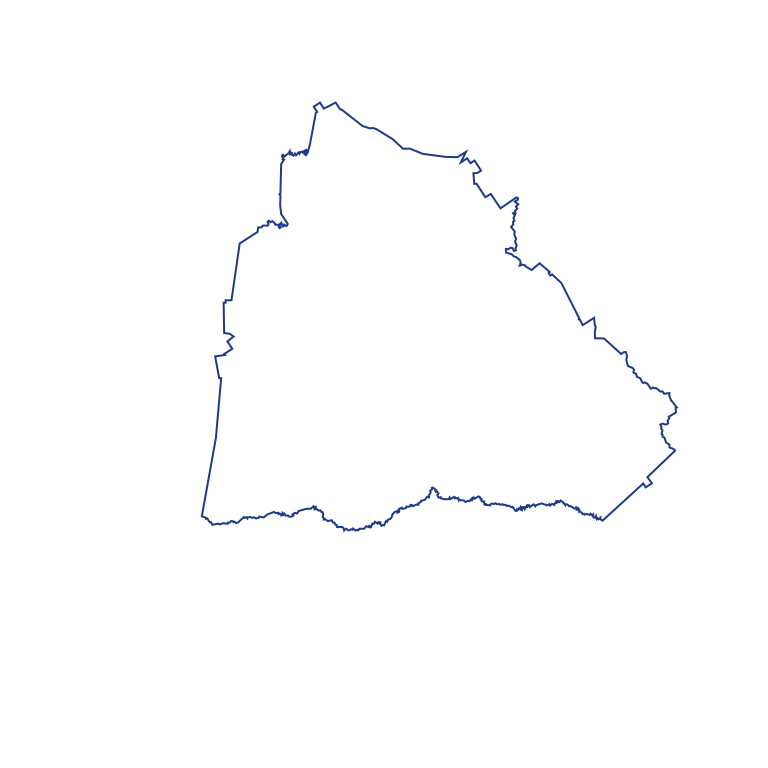 outline of Narromine, New South Wales, Australia, rotated 318°
{"feature_id": "25037944B72215071742446", "entity_name": "Narromine", "entity_type": "district", "adm_level": 2, "iso_a3": "AUS", "parent_name": "Australia", "parent_adm1": "New South Wales", "projection": "albers", "projection_center": [147.895, -32.232], "detail": "fine", "context": "isolated", "style": "outline", "palette": "blue", "viewbox_px": 768, "rotation_deg": 318, "n_neighbors": 0, "source": "geoboundaries", "source_scale": "gbopen_adm2", "svg_char_len": 6166}
<svg xmlns="http://www.w3.org/2000/svg" viewBox="0 0 768 768"><g transform="rotate(318 384 384)"><path d="M582.0,600.5L584.7,596.9L585.9,597.4L586.5,587.9L588.1,583.8L590.0,581.7L585.6,578.7L586.0,575.8L584.3,574.5L583.5,569.0L582.3,568.5L581.6,566.6L579.1,566.1L579.9,560.1L578.8,557.2L577.4,556.8L577.0,555.5L578.3,551.1L576.8,548.1L578.1,544.7L577.0,543.1L577.3,542.0L579.3,540.8L579.6,538.8L577.3,533.7L580.2,528.2L583.5,525.7L585.0,522.0L583.5,520.8L580.3,520.4L578.0,497.4L571.5,491.3L575.0,486.9L579.6,483.2L580.2,481.0L584.4,475.4L571.0,473.2L572.7,467.1L572.0,466.3L573.1,465.6L583.4,427.6L582.2,415.0L580.1,414.6L580.6,411.7L582.1,411.7L580.4,398.4L569.9,398.0L567.9,391.1L568.2,390.1L567.1,388.2L565.0,387.3L565.5,386.6L564.6,386.5L566.9,385.1L567.9,382.7L567.1,378.1L565.8,375.8L565.7,372.9L562.6,368.1L564.9,365.2L566.6,367.0L569.4,367.5L570.5,369.3L569.6,372.0L571.5,372.9L572.5,371.1L575.5,369.8L576.6,365.9L579.2,364.6L580.8,360.2L583.2,358.1L583.6,352.3L586.7,352.0L588.4,349.8L590.1,350.1L591.2,347.4L595.5,345.5L595.5,344.8L594.1,344.5L594.3,343.4L596.4,344.4L597.2,343.0L600.4,342.9L600.8,340.4L604.0,340.3L603.3,336.0L606.7,336.6L607.9,335.7L607.1,333.9L588.1,331.4L590.5,314.2L584.3,313.0L586.8,297.1L585.0,295.6L591.5,287.2L594.7,289.7L598.9,290.4L600.8,278.5L596.0,277.8L596.8,271.9L589.4,270.8L600.2,266.3L590.4,264.6L581.8,256.5L566.9,239.0L560.7,226.3L555.6,222.0L554.3,207.9L548.9,189.6L547.0,186.2L544.8,184.9L540.7,178.0L536.2,152.1L535.2,150.5L536.4,142.5L523.6,139.1L524.7,132.1L517.4,130.9L516.4,137.1L514.8,136.9L489.1,156.5L482.6,160.7L479.2,161.8L478.6,157.8L480.9,159.5L482.8,158.8L483.0,158.0L478.7,156.9L477.2,155.5L475.1,156.4L475.2,154.7L471.6,155.2L472.0,153.0L469.4,153.6L468.8,151.4L470.9,150.4L468.0,150.4L469.8,147.9L467.2,148.7L462.4,148.3L462.5,146.1L461.7,145.8L460.3,146.9L460.3,148.7L459.1,149.2L459.8,150.4L454.8,151.7L434.4,173.2L433.3,173.0L433.1,174.7L426.5,181.6L421.3,188.9L419.6,200.6L417.8,201.5L417.0,201.1L416.5,198.8L414.9,199.6L414.0,199.1L415.7,195.5L413.9,195.5L412.4,196.7L411.8,198.5L410.8,198.4L410.8,196.8L412.3,195.1L409.8,192.8L410.4,191.3L410.0,188.3L407.9,187.7L407.6,185.5L405.9,185.7L405.2,187.9L403.6,188.5L400.0,185.3L397.7,185.5L395.3,183.5L391.7,186.4L370.8,183.0L326.7,219.7L322.3,215.8L320.7,217.6L319.2,216.3L299.3,239.2L303.0,243.5L304.0,248.1L296.1,247.6L294.8,256.3L285.5,254.8L285.4,256.1L277.0,250.5L265.4,269.4L266.9,270.7L223.1,311.5L160.1,360.4L162.1,364.1L161.5,365.1L162.7,365.6L162.1,369.2L162.3,370.7L163.0,371.0L162.2,373.7L167.3,376.8L167.9,378.5L171.0,379.6L174.2,383.2L175.2,382.6L176.5,383.7L178.8,383.6L179.9,384.9L179.6,386.0L180.8,386.4L180.9,388.3L183.2,389.3L190.8,389.1L190.7,390.2L192.8,391.0L192.6,392.4L193.5,392.0L195.7,393.5L196.4,395.1L198.3,396.2L198.9,398.2L201.3,399.6L202.5,399.0L205.3,402.6L210.3,403.0L216.7,405.5L217.0,407.3L219.1,408.8L218.6,409.9L219.7,410.2L219.8,411.8L220.6,412.0L219.7,412.9L221.5,413.9L222.4,412.5L222.5,413.7L223.3,413.7L222.7,415.8L224.7,417.5L224.4,418.5L225.7,420.1L227.7,421.2L228.9,421.0L228.8,419.8L231.7,420.2L232.7,422.0L235.6,421.3L242.3,424.5L246.2,427.7L249.8,427.8L249.5,428.7L250.4,429.2L249.4,430.0L250.6,430.0L249.4,431.3L250.3,431.7L250.8,434.4L252.2,435.4L251.8,437.1L252.6,438.3L251.7,440.2L249.4,442.0L249.6,443.8L248.6,444.4L249.8,445.1L250.5,448.3L254.0,450.2L253.3,452.7L254.3,453.6L253.8,456.3L254.5,457.1L253.4,458.7L257.1,462.2L257.6,464.0L256.6,465.8L257.4,465.4L258.1,466.5L259.1,466.5L259.7,469.1L260.5,469.7L262.4,469.9L263.2,471.3L264.3,470.7L265.0,474.2L266.6,474.5L267.2,475.6L268.9,475.1L272.4,478.3L275.6,477.8L277.5,481.1L278.0,480.8L277.3,479.5L278.2,479.6L278.7,481.6L282.0,480.0L282.8,481.1L285.1,480.3L285.6,483.2L287.6,482.9L288.5,484.2L287.0,484.3L287.7,485.9L287.2,487.7L288.5,487.8L289.5,489.1L293.4,487.3L294.3,487.4L294.3,488.4L296.6,487.5L298.2,488.5L300.2,488.3L302.9,486.6L305.9,486.2L308.9,487.3L309.4,488.1L308.3,488.7L309.7,489.2L310.6,488.4L310.3,487.3L311.8,486.9L314.4,487.8L313.9,488.9L317.1,490.9L318.6,490.1L320.6,492.0L322.4,492.6L322.9,491.7L323.8,492.6L323.7,494.1L327.6,495.4L328.7,496.7L329.6,495.7L332.6,496.3L333.4,495.6L336.8,497.4L340.7,496.6L341.5,498.4L343.7,496.5L346.1,495.8L346.9,494.2L349.1,494.5L350.0,493.2L351.1,493.8L351.8,497.8L350.7,497.7L350.4,498.8L351.3,499.8L351.3,501.7L349.3,502.2L348.5,504.8L350.3,506.0L349.7,506.6L351.2,509.5L355.1,513.0L356.9,512.2L356.6,514.1L360.2,514.6L360.1,516.0L360.9,515.9L360.9,517.1L362.7,518.1L361.9,520.1L362.6,519.7L362.5,520.9L365.2,523.6L365.6,526.3L368.2,526.8L369.0,528.3L370.6,528.1L371.6,529.3L372.4,528.8L372.0,527.9L374.1,527.8L374.8,528.4L374.0,529.2L374.6,529.9L379.0,530.7L379.6,532.2L378.7,534.3L379.5,534.8L378.1,536.6L379.8,538.3L378.2,540.0L379.2,541.1L378.4,541.6L381.8,545.3L382.3,544.6L384.1,545.1L385.9,547.1L387.1,547.2L387.6,549.1L389.2,550.1L389.7,551.6L391.6,552.6L391.5,553.3L393.6,555.4L393.6,556.7L395.3,557.8L396.4,561.0L397.4,561.3L396.8,566.5L397.7,567.0L399.1,566.1L399.2,567.1L400.7,567.0L401.4,568.6L401.9,567.2L402.6,568.5L403.7,567.0L404.2,568.5L403.6,569.4L405.1,568.7L405.9,569.5L405.1,571.0L406.8,570.4L408.1,571.4L408.9,570.8L408.0,570.2L409.3,570.3L409.4,569.1L410.0,571.3L410.7,571.3L410.0,573.1L414.5,573.4L414.7,576.1L415.5,575.6L421.2,578.2L424.2,583.5L426.5,584.0L426.1,585.5L428.8,585.6L429.7,587.8L431.1,586.8L432.4,587.9L433.5,586.3L435.0,587.4L434.5,588.4L435.4,589.2L437.3,588.8L437.9,592.0L437.4,592.9L438.0,593.4L437.7,595.5L438.7,595.1L439.8,596.5L439.8,598.7L440.7,599.1L442.3,604.0L444.0,605.4L444.5,604.5L445.1,605.7L445.0,607.0L443.5,606.9L444.7,608.4L443.5,609.5L444.6,610.4L444.7,613.7L445.8,614.2L445.6,615.2L447.8,616.3L449.1,618.8L450.7,618.6L450.8,621.3L452.1,621.0L450.4,623.5L452.0,624.8L453.1,624.2L451.7,626.8L452.9,626.8L453.0,628.1L455.4,628.1L454.2,629.2L455.1,631.3L454.2,631.8L510.1,631.4L509.3,635.9L516.7,637.1L517.4,629.5L555.7,628.3L555.8,626.2L553.7,622.2L555.5,620.0L554.5,616.2L556.5,611.5L555.8,609.5L557.1,608.2L556.8,606.9L559.7,605.0L560.0,602.9L561.6,601.3L562.2,599.0L564.7,600.0L565.8,602.2L567.7,603.4L568.9,603.4L570.2,601.0L573.2,600.3L573.7,598.9L582.0,600.5Z" fill="none" stroke="#1e3a8a" stroke-width="2"/></g></svg>